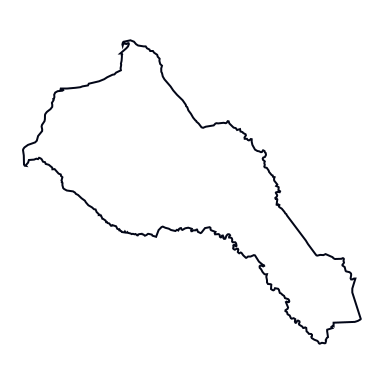 El Retén, Magdalena, Colombia
{"feature_id": "7082276B19803419989566", "entity_name": "El Retén", "entity_type": "district", "adm_level": 2, "iso_a3": "COL", "parent_name": "Colombia", "parent_adm1": "Magdalena", "projection": "albers", "projection_center": [-74.323, 10.652], "detail": "fine", "context": "isolated", "style": "outline", "palette": "ink", "viewbox_px": 384, "rotation_deg": 0, "n_neighbors": 0, "source": "geoboundaries", "source_scale": "gbopen_adm2", "svg_char_len": 5966}
<svg xmlns="http://www.w3.org/2000/svg" viewBox="0 0 384 384"><path d="M271.6,175.0L269.0,171.8L268.7,170.6L266.8,167.9L264.9,167.4L264.3,166.7L264.8,164.8L264.3,163.1L264.8,161.4L263.0,159.8L262.7,158.7L263.2,157.6L265.0,156.9L266.0,154.9L265.7,153.0L265.0,152.5L264.5,151.0L263.1,150.3L261.9,152.0L261.0,152.2L259.1,151.3L257.4,151.0L255.0,149.6L252.4,144.9L251.7,141.7L251.7,139.2L250.8,139.0L249.5,140.2L248.8,140.4L247.7,139.9L246.9,138.8L244.7,138.8L244.5,137.5L245.9,135.4L245.6,134.3L243.2,133.0L242.5,132.1L240.5,131.5L240.0,129.1L237.1,130.0L235.7,128.1L233.6,127.6L229.4,123.5L228.6,121.3L227.7,121.2L226.7,122.7L225.8,123.2L223.6,122.8L218.2,123.4L216.4,123.2L215.4,123.6L213.7,125.4L205.8,126.7L203.1,127.8L201.5,127.3L198.7,123.6L196.4,121.6L196.2,120.9L195.4,120.4L193.1,117.6L191.0,113.9L188.4,110.4L187.2,107.1L186.1,106.2L185.8,104.8L182.6,100.2L177.1,94.9L173.2,90.4L170.6,86.5L164.5,79.4L162.8,76.5L162.0,73.1L161.3,71.8L161.2,68.5L162.0,65.7L160.2,64.0L159.4,60.9L159.6,58.7L157.7,56.7L157.2,54.8L154.1,52.7L152.9,51.0L150.2,51.0L149.4,49.5L147.0,48.3L145.7,46.4L143.7,46.4L138.1,45.5L136.1,44.2L134.0,41.7L130.4,40.3L123.5,41.8L122.9,42.5L122.4,44.4L122.7,45.6L123.3,43.5L123.8,43.7L124.5,43.0L125.0,43.7L126.3,44.0L127.4,43.3L128.1,43.7L128.6,43.3L128.9,44.0L128.0,46.4L126.4,48.2L120.3,53.5L121.7,53.5L122.2,54.3L121.9,55.1L121.4,54.7L121.9,55.4L121.9,56.7L121.6,60.8L120.9,63.9L121.2,64.8L120.6,68.2L120.9,70.3L116.1,72.6L114.4,74.4L112.6,74.7L107.3,77.2L104.2,79.2L99.0,81.3L88.8,83.7L88.0,85.4L82.4,86.4L80.3,87.2L75.5,87.8L67.5,88.5L60.8,88.5L60.6,89.3L62.3,89.2L63.1,90.2L62.3,90.7L57.6,91.2L55.2,92.6L54.2,94.7L54.4,97.0L53.8,99.1L53.3,99.1L53.5,100.3L51.9,102.9L52.3,104.9L52.2,106.9L50.5,109.1L46.9,111.9L45.5,113.7L45.0,114.9L44.9,119.2L44.5,121.2L42.0,124.9L41.6,126.5L42.2,129.4L42.1,131.1L38.1,136.0L36.8,140.7L35.1,142.4L28.0,144.9L24.5,147.4L23.5,148.7L23.0,150.0L23.8,155.5L24.0,164.5L24.7,165.7L26.1,165.9L25.7,165.4L28.1,162.6L28.9,160.0L34.1,159.6L36.3,158.7L38.0,159.1L39.1,157.8L40.6,158.4L41.7,159.3L43.0,161.7L45.0,162.2L45.7,163.9L48.8,164.8L52.2,167.6L52.4,169.3L54.6,169.1L58.6,173.6L60.8,174.5L61.0,175.9L62.4,177.2L61.5,180.6L62.0,181.4L61.8,182.4L62.5,183.0L62.4,185.1L63.2,188.1L64.1,189.0L66.8,190.5L73.1,191.4L75.1,192.7L75.8,193.8L78.1,195.0L81.6,198.3L84.9,200.7L85.9,202.4L88.4,205.3L91.9,207.3L94.0,209.2L95.6,209.5L96.6,212.0L98.9,214.3L98.8,215.0L99.8,214.8L100.4,215.6L101.0,215.5L102.4,218.8L103.0,218.8L105.6,220.6L106.1,222.1L106.9,222.0L107.5,223.0L109.3,223.5L110.9,225.7L111.8,225.8L112.3,225.1L116.1,226.3L117.3,228.8L118.6,229.3L119.1,230.0L119.5,229.5L120.6,231.0L121.4,231.2L121.8,232.0L124.3,232.4L124.9,231.5L125.6,232.6L127.1,232.7L127.4,232.2L128.1,232.9L130.6,233.5L131.7,234.1L132.9,233.8L134.5,234.3L135.5,234.0L137.3,235.4L137.8,235.3L137.8,234.7L139.0,234.2L141.9,233.8L142.3,234.3L143.4,234.5L144.9,235.7L146.5,235.0L147.9,233.9L148.7,233.9L151.8,234.6L152.5,235.7L156.1,236.8L158.6,230.1L161.5,227.1L162.8,226.6L165.4,227.8L168.8,228.7L171.0,230.0L175.4,231.0L177.0,229.8L178.3,230.5L179.2,228.8L180.3,228.2L181.0,228.1L181.6,229.5L182.5,229.9L185.2,228.3L188.2,227.7L191.8,228.8L191.1,230.5L191.4,231.2L192.0,231.2L193.4,230.3L195.5,230.3L196.4,229.6L197.1,229.6L197.9,231.8L200.6,233.1L201.4,232.7L205.0,228.1L209.6,227.2L210.4,227.7L210.6,229.6L211.2,230.3L215.5,231.9L214.7,233.3L215.1,234.3L218.7,234.1L219.7,235.0L219.9,236.8L220.7,237.4L221.4,237.2L222.0,235.7L222.8,235.5L223.6,237.2L223.4,238.1L224.1,238.9L225.3,238.7L226.4,235.8L227.4,234.6L228.1,234.2L229.4,234.4L230.1,235.3L229.1,236.8L229.1,237.5L231.2,237.8L231.9,238.4L232.2,239.4L232.1,241.6L232.7,242.2L235.3,242.3L236.1,243.4L236.5,245.5L236.3,246.3L235.6,246.2L234.4,244.9L233.9,244.9L233.3,245.4L233.5,247.4L233.1,248.1L233.6,249.1L234.9,249.7L236.6,248.8L237.9,248.8L238.3,249.7L237.8,252.0L238.2,252.5L239.2,253.3L240.7,252.5L241.5,252.9L243.3,255.4L245.9,257.8L246.4,257.8L248.1,256.5L250.7,256.5L253.9,255.1L255.0,255.4L258.9,261.6L262.5,264.6L264.1,265.4L264.2,265.9L263.2,266.4L261.4,265.6L260.2,265.7L259.6,266.3L259.7,267.8L261.2,269.4L262.5,271.9L264.2,273.9L265.2,274.4L267.0,274.2L266.3,276.8L267.0,280.2L267.0,282.4L268.0,284.0L270.7,284.2L271.3,284.6L271.0,289.0L272.5,290.1L273.5,290.3L274.3,289.8L275.0,288.2L278.1,288.8L278.9,289.8L279.8,292.9L281.3,293.6L282.3,294.7L284.1,295.9L285.0,298.1L288.3,299.2L288.8,299.8L289.3,301.2L289.0,302.0L288.3,302.2L286.6,301.6L285.9,302.1L288.1,307.5L287.6,308.8L285.5,310.2L285.4,311.1L287.0,312.1L287.6,314.3L289.7,315.5L290.9,318.2L291.8,318.7L293.7,318.2L295.2,319.1L294.9,321.8L295.5,322.8L296.3,322.6L297.3,320.7L298.2,320.6L299.4,321.3L299.6,322.2L298.9,323.9L299.2,324.7L302.3,326.6L303.1,327.9L303.9,328.0L305.1,327.4L306.2,327.9L306.6,331.4L308.1,332.7L308.8,333.8L311.2,334.0L312.0,334.8L312.0,336.0L311.3,336.9L311.8,338.1L314.3,339.7L317.2,340.8L318.2,341.7L318.9,343.3L319.8,343.7L321.9,342.8L324.9,343.3L325.5,343.0L326.1,340.8L325.7,340.1L326.9,337.9L328.0,337.1L327.1,331.0L327.2,329.7L332.4,328.1L331.4,327.0L333.0,325.6L333.6,326.0L333.6,322.7L354.8,321.9L357.9,320.9L360.7,319.3L361.0,319.7L352.3,292.5L352.3,288.6L355.4,278.5L354.1,278.5L352.1,279.5L351.1,279.4L350.6,278.4L351.2,274.9L351.0,273.5L349.6,272.2L346.2,271.4L345.6,270.8L344.7,267.1L342.5,265.5L342.5,264.6L343.6,263.4L344.0,262.4L343.5,261.0L343.9,259.0L343.4,258.3L342.5,258.2L341.5,258.8L335.0,259.0L333.5,258.3L332.6,257.2L325.6,254.1L323.4,255.1L320.2,254.9L317.4,255.6L316.5,255.4L315.7,254.5L308.0,244.1L305.8,240.5L286.9,215.4L286.3,214.1L285.3,213.4L284.5,212.0L281.8,208.7L279.3,207.1L278.9,206.4L279.4,205.0L278.3,204.4L277.3,205.0L276.6,204.7L277.3,199.4L276.9,198.9L275.7,199.0L275.3,198.0L276.9,196.5L277.2,195.2L275.8,192.8L276.1,192.3L278.0,191.9L279.7,192.2L280.1,191.3L278.4,190.0L278.7,187.6L278.5,187.0L276.2,186.0L277.3,184.5L274.2,180.6L274.0,178.8L274.6,177.2L272.9,176.7L272.7,175.5L271.6,175.0Z" fill="none" stroke="#020617" stroke-width="2"/></svg>